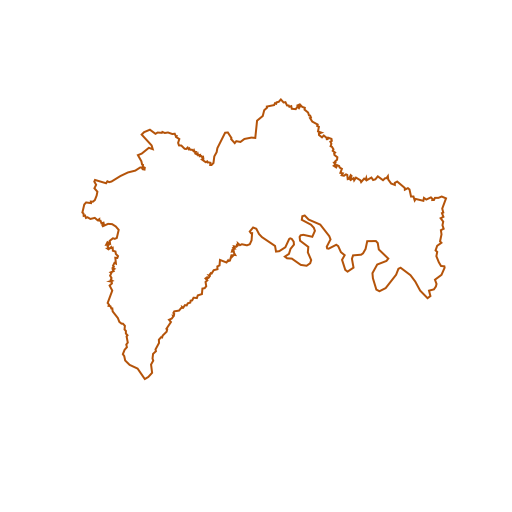 the district of Na Yia, Ubon Ratchathani, Thailand, rotated 113°
{"feature_id": "78962969B61476236421292", "entity_name": "Na Yia", "entity_type": "district", "adm_level": 2, "iso_a3": "THA", "parent_name": "Thailand", "parent_adm1": "Ubon Ratchathani", "projection": "mercator", "projection_center": [105.071, 15.065], "detail": "fine", "context": "isolated", "style": "outline", "palette": "amber", "viewbox_px": 512, "rotation_deg": 113, "n_neighbors": 0, "source": "geoboundaries", "source_scale": "gbopen_adm2", "svg_char_len": 6139}
<svg xmlns="http://www.w3.org/2000/svg" viewBox="0 0 512 512"><g transform="rotate(113 256 256)"><path d="M412.7,310.3L409.5,307.9L404.1,306.0L396.9,310.2L392.5,309.7L390.8,311.2L386.3,312.5L382.7,310.9L381.3,312.0L373.9,311.3L371.0,312.7L367.8,311.6L367.7,310.6L365.7,310.8L360.6,308.7L358.2,309.1L358.0,310.0L350.0,308.5L348.7,311.1L346.5,309.1L344.0,308.5L343.3,309.2L343.0,308.3L341.2,308.7L340.7,309.8L338.9,309.6L336.3,305.5L333.2,304.6L332.5,303.5L331.8,304.0L332.0,302.8L329.0,302.2L328.6,300.5L326.2,300.3L324.6,298.3L322.6,298.7L321.8,297.4L318.8,297.2L317.8,294.0L315.0,294.2L312.2,290.9L306.9,292.6L305.7,290.7L303.3,290.0L299.6,292.3L297.5,291.3L296.4,293.7L294.7,292.7L295.3,291.7L294.3,291.0L292.8,290.8L292.3,291.7L292.1,290.8L290.9,291.3L289.4,290.9L289.5,290.0L285.6,289.4L283.2,286.3L280.7,287.5L278.9,285.9L273.7,287.6L273.5,280.6L270.9,280.0L271.4,279.3L270.4,278.2L264.9,278.9L264.6,278.2L265.7,277.6L263.6,276.8L263.2,275.5L260.5,279.1L261.2,279.9L259.8,280.1L259.8,278.7L258.5,279.6L257.7,278.5L257.2,279.9L256.6,279.2L255.7,280.1L255.1,277.7L253.8,277.7L254.2,276.4L252.9,277.8L252.4,276.8L251.5,277.4L252.3,275.0L250.7,273.6L249.7,268.5L247.6,266.3L243.3,266.2L236.5,268.5L237.0,269.5L235.9,271.3L230.9,269.8L230.8,266.4L234.6,261.8L236.3,257.9L239.3,242.4L244.1,239.3L242.5,236.5L236.5,232.4L227.4,232.1L226.4,231.4L226.3,229.8L228.1,226.9L230.7,225.5L235.9,227.0L241.2,226.5L245.3,229.2L246.0,226.5L244.4,222.0L246.7,211.3L245.2,205.6L241.5,203.3L238.2,203.6L232.4,209.7L227.2,211.4L224.7,221.4L221.4,223.3L219.5,223.0L218.0,220.7L216.3,211.7L209.8,211.6L207.4,213.8L205.7,217.6L204.8,228.0L201.3,228.9L199.7,227.0L201.9,221.8L202.0,209.1L209.1,196.3L211.6,193.9L219.8,194.5L221.2,193.5L220.9,192.0L214.3,186.5L214.8,184.2L219.3,179.3L220.6,174.7L225.9,175.3L233.9,168.4L234.6,165.6L228.6,161.7L221.1,166.6L217.5,166.9L213.7,159.7L211.7,158.5L206.7,157.9L198.9,159.4L195.4,151.5L196.5,149.0L202.0,145.5L206.7,133.2L209.6,134.0L216.5,141.1L226.3,142.1L230.8,139.7L239.9,132.1L240.2,128.6L234.9,124.1L218.5,119.7L212.1,119.9L210.3,118.3L213.3,106.3L217.3,99.4L223.7,91.4L227.8,81.6L224.7,79.8L220.3,83.2L217.2,79.2L213.8,78.5L211.2,78.9L207.9,82.0L200.9,77.9L193.1,77.8L191.9,78.6L192.9,81.8L190.3,85.3L185.7,89.9L181.4,90.8L180.7,92.9L175.8,93.2L171.4,90.5L170.6,92.3L163.6,93.7L160.0,95.9L157.6,93.9L154.8,96.4L151.2,97.1L149.1,100.8L146.7,98.8L143.9,101.6L142.8,100.6L139.6,103.1L128.7,103.6L128.7,108.3L131.2,110.8L132.6,114.0L134.9,114.1L135.6,115.6L134.5,115.9L133.7,117.9L137.5,121.3L136.9,124.1L139.8,123.5L141.1,131.3L142.9,131.6L139.7,134.3L140.7,136.5L134.8,140.7L134.2,142.7L136.8,144.9L135.2,145.7L132.3,155.1L134.4,156.8L136.3,156.0L136.5,159.9L133.9,164.2L131.0,165.8L133.4,166.3L133.9,167.5L136.6,168.7L135.1,175.0L138.8,176.1L140.3,177.9L138.7,180.4L143.0,183.7L141.1,185.0L142.9,184.9L142.5,186.7L146.9,188.1L145.5,189.5L144.8,194.6L148.0,195.2L146.2,196.6L149.1,198.6L148.5,199.6L147.5,198.6L145.9,199.8L145.0,199.4L144.6,200.4L148.6,200.6L149.4,201.6L145.7,203.7L145.7,205.1L147.8,206.4L148.2,208.7L146.0,208.4L146.5,210.8L142.2,211.0L141.9,213.5L140.7,214.6L140.7,216.8L143.1,216.8L142.6,219.6L140.9,218.6L139.6,220.6L138.8,219.4L138.0,220.1L135.7,219.0L133.3,219.7L132.4,223.2L131.1,224.1L129.9,223.6L129.2,226.5L127.5,226.4L125.8,228.8L125.8,230.2L123.2,230.5L121.7,232.2L120.4,231.2L118.7,232.3L118.9,235.8L120.4,235.7L120.8,236.5L119.6,237.3L118.6,240.7L121.0,241.6L120.0,245.3L118.7,245.9L116.9,244.0L117.1,247.6L112.5,248.6L112.4,250.5L110.9,250.6L110.3,256.7L107.9,260.2L107.1,259.5L105.6,261.0L105.8,262.2L103.6,264.1L102.3,268.5L100.5,269.0L100.7,271.7L99.3,274.9L100.8,276.3L101.1,273.9L103.1,274.2L102.3,276.2L105.3,276.8L106.5,280.6L104.3,282.1L105.6,283.6L104.7,284.7L105.3,286.3L102.9,289.0L103.9,290.6L102.2,294.3L105.2,295.3L106.5,297.1L107.9,296.9L107.9,298.2L110.0,298.3L114.2,304.4L115.2,303.8L118.6,305.4L124.5,304.5L131.0,307.9L147.6,302.8L148.8,306.5L152.8,312.4L157.1,314.9L158.0,319.0L160.4,319.7L158.1,324.6L157.0,324.7L153.3,330.2L154.6,332.6L171.8,333.7L175.8,332.8L180.6,333.3L187.0,331.5L189.6,332.5L190.1,333.7L188.0,334.4L188.5,337.0L189.4,336.5L188.0,337.9L189.3,339.0L188.3,343.4L187.1,342.4L185.5,343.4L186.3,344.0L185.3,345.2L186.1,346.6L184.8,347.0L185.9,348.6L184.5,349.7L185.6,350.0L185.4,351.9L183.7,351.9L184.1,353.2L182.9,354.4L183.8,354.5L183.2,356.4L183.9,358.1L183.0,359.4L184.0,359.8L182.9,361.3L184.8,362.1L185.2,363.6L183.5,367.9L184.3,370.1L182.3,371.9L178.3,372.3L177.7,376.0L176.7,376.0L177.0,376.7L175.2,378.6L176.4,380.6L176.7,385.3L178.4,388.0L178.4,390.7L179.4,390.8L180.8,394.8L182.8,396.3L181.2,403.0L185.7,407.4L188.9,408.7L195.0,395.3L198.0,392.8L198.3,396.9L206.4,401.2L209.3,404.1L213.6,398.5L216.3,396.6L216.3,395.6L218.1,395.0L218.2,392.9L220.0,392.4L220.4,394.2L219.2,395.9L219.8,397.2L224.6,400.5L229.1,406.5L235.3,412.0L243.9,418.1L245.4,420.0L245.3,422.0L247.6,422.4L248.9,433.9L250.7,433.9L252.9,431.0L256.8,431.2L258.8,427.1L262.7,426.3L267.5,426.2L269.8,427.4L270.4,429.3L271.8,428.6L273.1,433.3L275.7,434.2L283.8,432.8L284.3,431.4L286.4,430.3L285.5,429.2L287.4,427.4L286.2,426.3L286.6,422.9L283.9,419.3L285.0,415.7L283.4,414.7L284.7,414.2L284.3,412.9L286.3,411.0L284.9,409.4L285.9,408.7L287.7,409.4L288.4,408.6L284.2,404.7L282.9,400.9L283.6,396.6L285.6,392.6L293.8,391.2L295.4,392.7L295.6,394.6L299.2,396.6L301.6,395.2L301.3,398.1L304.2,398.3L303.0,395.9L305.0,396.4L306.5,394.7L307.2,395.7L307.5,394.4L304.5,392.8L305.2,392.3L304.3,391.2L307.1,389.8L306.8,387.1L308.9,385.8L310.0,383.0L312.0,382.9L312.6,384.8L317.7,382.0L317.6,383.6L320.8,383.8L321.4,382.7L323.0,383.3L323.2,381.4L324.5,382.4L325.5,381.1L327.9,383.4L328.1,382.5L331.1,382.6L332.7,380.4L334.6,380.4L334.9,378.7L336.4,380.5L336.1,378.8L337.6,377.9L340.4,379.2L344.0,374.8L357.2,374.2L358.3,372.2L359.5,372.2L359.1,370.4L360.8,368.7L360.4,367.8L363.0,366.3L367.1,358.9L370.0,356.1L370.8,353.4L370.3,352.0L371.5,349.4L375.0,348.3L375.8,346.5L378.2,345.5L379.2,343.3L380.6,343.7L385.8,340.2L388.2,340.8L390.4,339.2L393.6,340.3L398.4,340.2L399.6,338.2L403.3,335.6L405.6,329.8L405.9,321.0L412.7,310.3Z" fill="none" stroke="#b45309" stroke-width="2"/></g></svg>